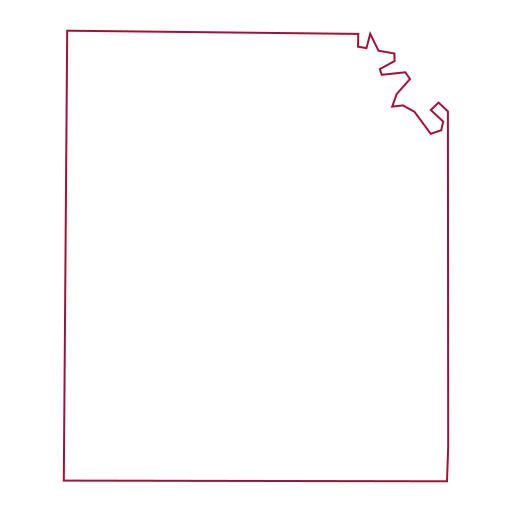 outline of Concho, Texas, United States of America
{"feature_id": "52423323B74717321160891", "entity_name": "Concho", "entity_type": "district", "adm_level": 2, "iso_a3": "USA", "parent_name": "United States of America", "parent_adm1": "Texas", "projection": "natural_earth1", "projection_center": [-99.711, 31.334], "detail": "fine", "context": "isolated", "style": "outline", "palette": "rose", "viewbox_px": 512, "rotation_deg": 0, "n_neighbors": 0, "source": "geoboundaries", "source_scale": "gbopen_adm2", "svg_char_len": 422}
<svg xmlns="http://www.w3.org/2000/svg" viewBox="0 0 512 512"><path d="M67.2,30.7L63.8,480.6L447.0,481.3L448.2,446.7L447.9,111.4L438.6,102.6L430.8,110.0L443.2,121.6L441.2,130.3L430.7,133.8L414.4,111.7L402.9,105.4L392.2,106.6L396.6,94.1L410.0,79.0L405.3,72.3L381.8,74.8L379.8,69.1L394.6,61.0L394.4,53.5L378.5,50.7L370.2,33.8L366.5,48.1L358.0,46.7L358.3,33.9L67.2,30.7Z" fill="none" stroke="#9f1239" stroke-width="2"/></svg>